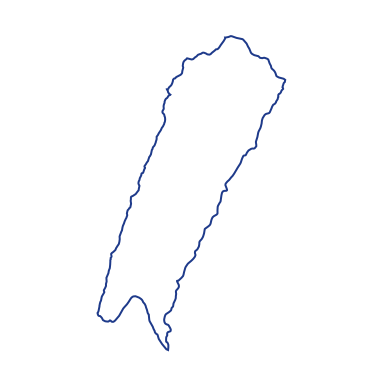 Wiang Kaen, Chiang Rai, Thailand, rotated 188°
{"feature_id": "78962969B86753630377250", "entity_name": "Wiang Kaen", "entity_type": "district", "adm_level": 2, "iso_a3": "THA", "parent_name": "Thailand", "parent_adm1": "Chiang Rai", "projection": "equal_earth", "projection_center": [100.476, 20.016], "detail": "fine", "context": "isolated", "style": "outline", "palette": "blue", "viewbox_px": 384, "rotation_deg": 188, "n_neighbors": 0, "source": "geoboundaries", "source_scale": "gbopen_adm2", "svg_char_len": 6011}
<svg xmlns="http://www.w3.org/2000/svg" viewBox="0 0 384 384"><g transform="rotate(188 192 192)"><path d="M134.7,246.3L135.0,248.0L135.6,250.0L135.7,250.8L134.9,255.5L134.7,259.7L134.5,261.1L133.2,264.8L132.9,266.4L132.6,269.5L132.7,272.6L132.3,275.0L130.9,278.2L130.0,279.3L129.2,279.8L127.2,280.6L126.6,281.0L126.1,281.7L124.9,285.9L124.6,287.4L124.0,289.1L123.6,289.8L122.4,290.7L121.7,291.7L121.3,292.6L121.3,293.3L120.1,295.8L120.0,297.4L119.7,298.2L120.0,298.8L120.0,300.4L119.5,301.2L118.8,301.6L118.2,302.4L117.8,303.3L117.5,304.7L117.2,305.3L116.1,306.8L116.3,307.5L117.0,308.4L116.8,308.9L116.9,309.5L116.6,310.8L116.5,311.7L116.3,312.6L115.9,313.3L115.4,313.8L115.3,316.0L117.0,316.9L121.9,317.5L123.6,318.1L124.5,318.6L124.7,318.9L125.8,321.2L126.9,322.8L128.2,324.0L129.9,325.1L130.4,325.6L130.8,326.2L131.4,327.9L133.0,330.1L134.9,333.8L135.2,334.0L136.4,334.5L138.9,335.0L139.6,334.9L141.1,334.3L142.4,334.3L143.4,334.4L145.1,335.7L149.4,336.2L151.7,337.1L153.0,338.1L155.2,341.9L156.7,343.7L158.6,346.6L162.5,350.0L163.4,350.4L169.4,350.8L174.3,351.8L175.5,351.7L177.4,350.6L180.0,349.7L180.7,349.6L180.5,349.1L180.6,348.5L181.6,346.0L184.0,341.5L185.1,339.1L186.1,337.5L186.9,336.9L188.1,336.6L189.3,335.1L191.6,332.7L192.7,331.2L193.7,330.5L195.3,330.4L196.1,330.5L197.4,331.1L199.0,331.5L199.9,331.6L200.6,331.5L201.4,331.0L201.9,330.4L205.0,328.8L205.6,328.1L206.4,326.9L207.6,325.9L209.3,323.8L210.4,323.3L210.9,323.2L215.5,323.7L216.1,322.7L216.7,322.2L217.9,320.8L218.5,319.5L218.7,318.2L218.7,315.5L218.2,314.5L218.0,313.9L218.4,310.6L218.4,308.4L218.6,307.9L219.3,306.8L219.8,306.3L223.2,303.9L223.6,303.6L224.5,302.2L225.3,302.0L226.0,301.3L226.4,300.4L226.4,298.9L226.7,297.1L227.0,296.0L227.4,294.9L228.1,293.9L229.4,292.3L229.8,290.9L230.0,290.7L230.2,290.4L231.2,290.2L231.1,289.9L230.6,289.6L230.1,289.1L229.8,288.0L229.4,287.3L228.8,286.6L227.9,286.0L227.7,285.6L227.0,285.3L227.2,285.0L228.4,284.4L229.2,282.9L229.3,282.4L229.6,281.8L230.7,280.8L231.2,279.9L231.7,277.9L231.6,276.4L232.0,274.8L232.1,273.1L231.6,270.7L231.6,270.2L232.5,267.9L232.3,266.7L232.0,266.2L230.5,265.0L230.2,264.5L229.7,263.1L229.3,262.5L229.0,261.6L228.7,260.3L228.6,258.7L228.7,257.4L229.0,256.6L229.0,255.6L229.9,252.9L230.8,251.3L231.5,248.8L233.2,245.3L233.5,244.1L234.7,241.8L234.4,239.6L234.5,238.3L234.8,237.0L234.8,236.1L235.6,232.8L236.8,231.0L237.0,230.3L237.1,229.1L237.6,228.0L237.9,223.6L238.6,221.7L239.2,220.7L239.7,217.9L239.9,216.5L240.8,215.0L241.6,213.0L242.6,211.1L242.6,210.4L242.4,210.1L241.9,209.6L241.9,209.3L241.9,209.0L242.4,207.9L243.0,204.6L243.4,203.9L244.4,203.5L244.6,203.0L244.6,201.3L245.6,198.4L245.7,196.5L246.2,195.2L246.3,194.0L246.2,192.9L245.5,191.6L245.0,191.1L244.9,190.6L245.1,187.9L245.1,186.3L246.0,184.8L247.5,182.1L249.9,180.0L251.4,179.0L251.7,178.5L251.7,177.7L251.5,176.3L251.5,174.7L250.7,171.9L250.9,168.7L251.0,168.1L251.9,167.2L252.4,166.0L253.1,165.1L253.3,164.1L253.5,161.7L253.0,160.4L252.9,159.6L253.2,158.6L253.3,157.5L253.9,156.0L254.6,153.6L255.0,151.3L255.7,148.9L255.9,147.3L256.0,144.3L256.5,142.7L257.4,138.6L257.5,137.8L257.0,135.2L257.0,132.6L257.2,130.5L257.5,129.7L258.2,128.4L258.8,127.0L259.4,125.7L259.7,124.2L259.9,123.8L261.4,121.9L262.9,120.4L263.4,119.6L263.3,118.7L262.9,117.7L262.7,116.9L262.9,116.1L263.4,115.3L263.3,114.7L263.1,114.3L263.4,113.2L263.2,111.9L263.0,109.5L262.9,108.4L262.8,105.1L263.4,102.7L263.5,99.9L264.8,95.1L264.1,91.4L264.4,88.9L264.1,87.0L264.6,85.1L265.6,82.5L265.5,81.8L264.9,80.7L265.0,80.2L266.6,76.3L266.8,75.4L267.0,71.8L267.5,70.2L267.7,68.5L267.8,66.2L267.7,65.8L268.0,61.1L268.2,60.2L268.7,59.0L268.4,58.6L268.4,58.2L268.3,57.9L267.6,56.7L266.8,56.3L265.6,56.3L264.3,55.3L263.5,54.5L262.5,53.0L262.2,52.7L259.9,51.9L258.5,51.9L257.1,52.0L256.5,52.3L255.4,53.4L254.7,53.3L253.7,52.5L253.3,52.4L252.2,52.4L251.6,52.7L251.0,53.2L250.2,54.1L246.9,59.3L243.9,67.0L243.1,68.3L240.8,71.7L239.5,74.2L237.8,78.0L237.1,79.1L236.3,79.9L235.6,80.4L233.6,80.9L232.4,80.7L229.6,80.0L227.4,78.9L226.5,78.2L225.8,77.4L225.1,76.2L223.1,74.4L222.0,72.7L221.5,71.4L220.2,69.0L219.1,66.2L218.4,65.2L217.8,64.7L216.5,59.4L216.0,58.2L212.1,53.1L211.1,51.2L209.6,49.1L209.4,48.4L209.0,47.7L207.9,46.7L206.4,46.0L205.9,45.1L204.9,42.8L204.4,41.8L200.5,37.3L195.5,32.7L193.7,32.2L193.8,34.8L194.1,37.1L194.5,38.1L195.4,39.5L196.5,40.0L196.8,40.4L197.1,42.1L197.3,44.2L197.2,45.0L196.6,46.4L196.6,47.0L196.9,47.9L196.8,49.1L196.4,49.8L196.1,50.0L194.0,51.1L193.8,51.8L193.9,52.9L194.6,54.1L196.5,56.6L197.4,57.2L198.8,57.4L199.5,57.7L200.1,58.0L200.7,58.7L201.2,59.5L201.5,60.4L201.8,61.5L201.8,62.7L201.6,65.0L201.2,66.7L200.7,67.5L197.9,70.0L196.4,71.7L196.2,72.3L196.1,73.7L196.0,74.3L194.9,75.9L194.8,76.3L194.8,79.1L193.6,82.9L193.3,84.6L193.5,86.5L193.5,88.9L194.0,90.7L194.1,91.6L193.8,92.5L192.3,94.7L191.8,96.2L191.9,97.2L192.2,98.2L194.3,101.3L194.4,101.9L194.1,102.1L193.3,102.2L192.8,102.7L190.5,105.5L189.2,107.5L188.9,108.9L188.7,111.7L188.1,116.0L187.8,117.0L186.4,119.9L185.9,120.7L183.2,123.7L182.1,125.1L181.3,126.2L180.2,128.2L180.0,128.9L179.8,129.9L179.9,130.4L180.6,132.0L180.7,132.8L180.7,133.4L180.6,133.8L180.3,134.2L179.1,135.5L178.7,136.0L177.8,138.4L177.6,139.1L177.5,141.3L177.7,143.2L177.6,143.9L177.4,144.4L175.8,146.8L175.0,148.8L174.7,150.1L174.3,152.7L174.2,157.0L174.0,157.4L171.4,159.9L170.0,161.4L169.5,162.3L169.2,163.3L168.9,166.8L168.6,168.3L168.1,169.8L167.0,171.1L164.5,173.0L163.8,174.1L163.8,174.7L164.2,177.3L164.5,180.9L164.3,182.0L163.3,184.7L162.5,186.3L162.4,186.9L162.4,192.6L162.2,195.2L162.0,195.8L161.6,196.7L161.0,197.2L160.3,197.6L158.2,198.0L157.8,198.3L157.6,198.6L157.6,199.1L158.1,200.2L159.9,203.5L159.9,204.6L159.7,205.2L158.5,207.2L156.9,209.1L155.2,212.0L154.1,213.5L152.8,216.1L150.1,222.6L148.1,226.9L147.7,228.4L147.2,231.3L146.8,232.9L146.2,234.8L145.7,235.3L144.7,235.6L144.0,235.9L143.7,236.6L143.0,238.8L141.8,241.0L139.4,243.0L138.4,243.4L136.9,243.6L136.2,243.9L135.6,244.7L134.7,246.3Z" fill="none" stroke="#1e3a8a" stroke-width="2"/></g></svg>